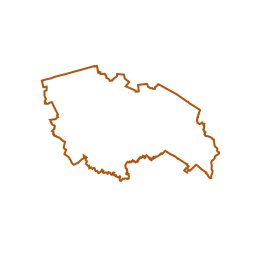 the district of Thanh Tri, Sóc Trăng, Vietnam, rotated 47°
{"feature_id": "81297802B36147607104720", "entity_name": "Thanh Tri", "entity_type": "district", "adm_level": 2, "iso_a3": "VNM", "parent_name": "Vietnam", "parent_adm1": "Sóc Trăng", "projection": "mercator", "projection_center": [105.741, 9.467], "detail": "fine", "context": "isolated", "style": "outline", "palette": "amber", "viewbox_px": 256, "rotation_deg": 47, "n_neighbors": 0, "source": "geoboundaries", "source_scale": "gbopen_adm2", "svg_char_len": 5838}
<svg xmlns="http://www.w3.org/2000/svg" viewBox="0 0 256 256"><g transform="rotate(47 128 128)"><path d="M116.5,76.0L117.0,78.6L116.6,80.4L116.9,80.9L117.6,81.4L118.2,82.1L117.9,81.9L117.7,81.9L116.4,83.0L115.3,83.1L114.6,84.1L114.1,84.4L113.8,84.6L112.7,84.7L112.3,85.0L111.8,85.2L111.1,85.2L110.3,84.5L108.7,84.1L103.4,91.2L108.6,95.2L106.7,97.6L106.0,96.9L105.9,97.0L95.9,101.2L95.2,95.8L89.6,96.7L86.3,94.5L81.1,99.1L82.5,100.6L82.6,101.8L82.1,104.1L82.1,104.9L82.4,105.3L82.3,106.9L82.5,107.2L81.8,107.7L81.7,108.5L81.1,109.1L80.2,108.8L78.9,108.7L76.9,109.6L76.7,109.2L75.9,109.3L74.9,108.2L73.9,108.2L73.3,108.5L72.9,108.2L72.6,108.1L72.1,108.5L69.8,111.3L68.4,110.3L68.2,110.7L68.0,111.2L67.7,111.0L67.4,111.8L66.8,111.4L66.5,111.7L65.5,111.1L65.6,110.9L61.4,108.4L60.5,110.3L59.9,110.1L54.6,120.3L53.2,123.2L50.0,129.1L46.5,136.0L40.5,146.9L39.3,150.2L36.6,154.8L34.6,158.7L36.5,159.7L40.5,162.1L42.2,159.3L42.6,159.5L43.6,160.6L44.8,161.7L44.1,164.2L44.3,164.4L46.1,165.7L47.5,167.1L48.7,167.7L49.4,167.9L50.7,168.0L51.4,169.8L52.0,171.1L53.2,170.8L53.6,172.0L55.3,170.6L55.9,169.5L56.0,168.3L56.9,166.3L57.1,166.1L58.2,166.4L58.3,166.3L59.9,167.0L61.4,167.4L64.1,168.3L70.4,170.0L70.3,171.2L72.3,171.8L71.9,173.0L72.2,174.1L72.1,175.0L71.9,175.6L71.5,175.7L69.0,179.4L70.0,179.4L70.5,180.2L72.2,180.5L72.4,180.6L72.5,180.9L72.9,181.0L74.4,180.9L75.7,180.2L76.7,180.1L77.6,181.5L77.7,182.0L78.3,182.1L78.5,182.3L78.4,185.7L80.3,185.3L81.3,186.9L82.1,186.5L82.4,186.8L82.7,186.7L83.0,187.3L85.2,186.4L85.1,186.1L86.0,185.9L88.5,184.7L89.3,184.6L91.5,184.7L92.7,184.3L93.1,184.4L95.1,183.4L98.2,188.1L99.4,188.6L99.8,188.7L101.7,188.0L103.4,191.7L103.8,192.4L108.3,191.2L108.6,191.3L109.9,191.3L110.9,191.8L112.3,191.8L114.7,192.8L116.5,193.0L117.6,192.7L118.1,192.6L118.3,192.1L119.1,188.5L119.4,188.5L119.5,188.2L119.4,187.1L119.4,183.3L120.1,180.6L118.0,179.1L121.3,178.4L121.3,178.9L122.3,180.6L122.9,181.0L123.6,180.7L124.0,180.7L124.7,181.1L124.9,181.6L125.1,182.4L125.4,182.8L125.9,183.2L128.8,183.0L129.0,182.3L131.1,183.7L131.7,181.8L133.6,181.9L133.5,181.2L133.6,180.8L134.6,179.8L135.8,180.5L136.1,180.9L137.2,181.1L137.3,181.1L137.6,180.9L138.3,179.9L139.3,180.0L139.9,180.2L140.7,180.4L141.2,180.2L141.2,179.9L141.0,179.1L141.4,178.3L141.4,177.4L141.2,176.9L140.8,176.0L140.7,175.5L141.8,175.5L142.3,175.2L142.6,175.2L142.8,175.5L143.0,176.3L143.3,176.6L143.5,176.7L144.2,176.5L144.6,176.1L145.0,174.9L145.7,174.3L146.1,174.2L147.1,174.3L147.5,174.2L147.7,173.7L147.0,173.3L146.9,173.2L146.9,172.4L147.1,172.2L147.8,172.2L148.8,171.4L150.3,172.1L150.9,172.1L151.1,171.9L151.5,171.2L151.5,170.8L151.0,170.0L150.5,169.5L150.4,169.3L150.6,169.0L151.0,168.8L151.2,168.7L151.4,169.6L152.5,170.5L153.2,170.3L153.5,170.2L153.6,169.9L153.7,169.4L154.3,169.0L154.6,169.1L154.8,169.7L155.1,169.9L155.4,169.9L156.3,169.1L156.7,169.0L157.2,168.7L157.9,168.5L158.0,168.1L157.7,167.5L157.7,167.1L157.8,166.9L158.1,166.8L158.5,166.9L158.8,168.0L159.3,168.6L159.6,168.9L161.0,169.7L161.5,169.6L161.8,169.3L162.0,168.9L161.8,167.9L161.5,167.3L161.5,166.6L161.7,166.4L162.4,165.9L162.7,164.9L163.4,164.0L164.6,163.4L165.0,163.0L165.5,162.0L164.5,161.4L164.0,160.2L163.1,159.9L162.0,158.9L161.7,158.9L161.5,159.1L161.4,160.1L161.2,160.4L160.9,160.6L160.4,160.7L159.9,160.1L159.7,158.4L159.2,157.9L158.2,157.9L157.5,156.9L157.3,156.8L157.0,156.8L156.2,157.0L155.5,157.0L155.0,156.6L154.4,155.9L153.7,155.7L153.3,155.0L152.9,153.7L152.6,152.9L152.5,152.2L152.6,151.1L153.9,150.8L153.7,149.6L154.7,149.4L154.7,148.6L155.3,148.6L154.8,146.7L156.1,146.6L156.0,146.0L156.8,145.9L157.7,145.7L157.8,146.0L158.5,145.8L158.7,144.2L159.2,144.1L159.1,143.1L158.2,143.1L158.1,142.3L158.5,142.3L158.3,140.8L157.9,140.8L157.7,138.7L158.9,138.7L158.9,137.4L158.4,136.1L159.8,135.4L160.0,136.4L161.4,136.3L161.1,135.0L160.8,135.0L160.5,133.1L164.3,132.9L164.5,132.9L164.5,132.4L165.7,132.2L165.9,133.3L167.6,132.8L167.0,131.3L166.7,131.2L166.7,130.6L166.8,130.5L167.9,130.2L167.8,129.6L166.6,129.7L166.5,129.1L167.7,129.0L167.9,128.9L168.1,128.5L167.6,128.2L167.6,127.8L168.3,127.7L168.2,126.9L168.5,126.6L168.7,125.8L169.0,125.4L169.4,122.7L169.1,122.6L169.2,121.1L169.9,120.9L169.9,120.4L170.3,120.4L170.1,116.3L171.4,116.1L175.6,114.9L178.2,113.9L180.1,113.4L180.1,113.1L183.0,112.7L184.3,112.6L184.3,112.3L193.6,110.0L194.3,109.7L194.7,109.5L194.8,110.0L196.8,109.8L196.8,110.2L197.4,110.1L197.7,112.5L197.0,113.0L197.5,115.8L200.8,115.2L199.7,112.2L201.5,111.8L201.4,110.0L201.4,106.6L201.3,103.3L203.5,102.8L208.4,102.3L211.1,101.8L214.0,101.0L214.3,101.9L215.3,101.7L215.9,101.7L216.5,101.5L217.4,102.1L218.6,102.2L219.3,102.3L220.5,102.2L220.8,102.1L221.1,101.9L221.4,101.2L220.0,100.0L219.4,99.3L218.5,97.0L218.0,96.3L217.7,95.9L217.0,95.5L215.0,94.9L214.4,94.3L212.8,92.5L210.7,91.2L210.0,90.5L209.7,90.0L209.3,89.0L209.4,86.7L209.3,85.8L209.1,85.1L208.2,83.8L208.1,83.2L208.1,82.6L208.8,79.8L208.7,78.7L208.3,78.2L207.7,78.1L206.7,78.5L205.9,78.5L205.3,78.2L204.3,77.0L203.6,76.6L202.7,76.7L201.6,77.0L200.2,76.8L199.0,76.1L197.0,74.5L194.8,73.1L194.4,73.6L194.1,73.8L193.0,73.5L192.5,73.8L191.9,73.7L190.5,74.0L189.5,74.8L188.7,75.0L187.2,76.4L186.5,76.5L186.3,76.7L185.6,76.5L185.3,76.2L184.8,76.4L184.2,75.4L184.0,74.2L183.9,74.2L183.2,74.7L182.9,74.8L182.6,74.7L182.2,74.2L181.8,74.0L180.8,74.1L180.5,74.0L180.2,73.6L180.0,72.4L179.2,71.7L178.5,70.6L178.1,70.6L177.9,71.1L177.7,71.1L177.4,70.5L177.3,69.9L177.1,69.4L176.8,69.6L176.5,70.0L176.2,70.2L175.0,70.3L174.9,70.0L174.6,69.9L174.4,70.3L174.5,71.8L173.9,72.9L173.5,73.2L172.1,73.3L171.6,73.6L171.3,73.2L170.3,73.0L170.0,72.5L169.0,71.8L168.0,70.6L167.8,70.0L167.9,69.4L167.1,68.7L166.4,67.6L166.1,66.7L165.7,66.5L164.1,63.1L163.8,63.0L152.4,66.1L151.6,66.3L150.4,66.1L150.0,66.2L149.7,66.3L149.3,66.7L136.6,69.4L116.5,76.0Z" fill="none" stroke="#b45309" stroke-width="2"/></g></svg>